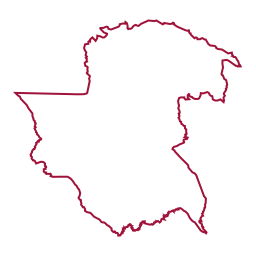 outline of North Gonja, Northern, Ghana
{"feature_id": "2480657B69696031481498", "entity_name": "North Gonja", "entity_type": "district", "adm_level": 2, "iso_a3": "GHA", "parent_name": "Ghana", "parent_adm1": "Northern", "projection": "mercator", "projection_center": [-1.377, 9.69], "detail": "fine", "context": "isolated", "style": "outline", "palette": "rose", "viewbox_px": 256, "rotation_deg": 0, "n_neighbors": 0, "source": "geoboundaries", "source_scale": "gbopen_adm2", "svg_char_len": 5805}
<svg xmlns="http://www.w3.org/2000/svg" viewBox="0 0 256 256"><path d="M15.4,92.9L18.1,95.6L19.8,96.5L20.8,98.9L26.6,104.9L28.9,108.9L32.4,113.4L32.5,116.4L33.5,118.7L33.4,119.4L33.8,120.3L34.7,120.9L34.9,122.6L35.5,122.8L35.7,123.8L35.1,124.7L35.2,126.4L34.8,126.8L35.6,127.4L34.6,128.6L36.1,131.5L36.0,132.2L36.8,132.7L37.0,134.4L38.2,135.1L39.4,137.3L41.2,138.8L40.9,139.6L39.1,140.1L38.9,141.4L37.8,141.1L37.4,141.5L37.5,142.4L36.1,143.0L36.5,144.0L34.8,146.8L35.2,147.4L34.4,149.1L33.6,149.0L32.0,151.2L32.1,152.0L30.6,154.7L31.1,155.3L30.8,156.0L31.9,157.0L31.7,158.7L32.1,159.2L33.1,160.4L33.4,160.1L35.0,161.1L36.1,163.5L40.8,161.8L42.9,161.9L44.0,162.5L45.0,163.6L44.9,165.9L46.1,166.5L46.1,167.4L45.3,168.0L45.5,168.9L43.8,169.2L43.8,171.7L44.5,172.3L46.1,172.5L45.9,173.6L46.5,173.9L50.5,173.8L50.9,174.4L50.6,176.1L51.9,176.2L52.3,176.8L67.6,176.7L70.5,178.5L72.8,181.0L75.1,184.6L76.5,185.7L77.9,188.3L79.0,189.4L80.2,193.0L79.6,195.9L78.5,197.8L79.7,199.6L80.6,199.7L81.0,200.3L80.8,201.5L81.4,203.2L81.1,204.6L82.9,207.2L83.9,207.1L85.1,209.2L84.9,210.8L87.0,212.1L90.5,212.9L94.2,216.8L99.6,219.6L101.4,222.0L103.0,222.5L103.8,222.3L105.5,223.4L107.0,225.1L108.6,225.8L111.6,228.5L111.6,230.3L113.1,231.8L113.7,232.1L114.5,231.4L115.2,231.7L115.6,232.9L117.5,233.0L118.2,234.4L118.2,235.5L119.8,235.5L119.9,235.0L120.7,234.9L121.4,233.2L122.6,233.3L122.7,232.9L121.9,232.3L122.1,231.6L123.4,231.4L123.9,230.9L122.8,229.7L123.2,229.1L123.0,228.5L123.8,228.6L124.0,227.8L124.4,228.7L125.1,228.6L125.0,227.7L126.3,226.9L127.5,227.0L127.8,226.1L129.0,225.6L128.6,224.9L129.9,224.1L130.7,224.5L131.3,225.9L131.8,226.0L131.5,226.3L131.7,227.4L132.5,227.7L132.3,228.4L131.7,228.3L132.1,229.0L132.6,229.0L132.8,230.0L133.4,230.0L133.3,229.4L133.9,229.7L133.6,230.7L135.2,230.7L136.3,229.8L137.3,230.0L137.2,229.4L137.8,228.9L137.5,230.0L137.9,230.2L138.8,229.6L138.7,229.0L138.1,229.0L138.4,228.5L139.4,228.8L139.3,228.0L139.7,228.0L140.2,226.4L140.2,225.8L139.6,225.7L140.8,225.5L140.5,224.6L140.1,224.7L140.3,224.1L140.7,224.6L141.0,224.1L141.6,224.2L141.7,223.4L141.2,222.8L141.8,222.3L143.2,222.5L143.8,221.9L143.4,221.4L144.8,221.3L144.6,223.3L150.0,224.7L151.4,224.2L151.9,224.5L152.0,224.1L153.2,224.4L153.7,224.0L154.0,222.6L155.1,222.6L155.3,221.7L156.0,221.8L156.2,221.1L156.9,221.6L158.0,221.0L159.6,222.5L160.9,221.4L161.4,219.2L162.4,218.9L164.2,219.4L163.4,218.3L164.0,217.7L163.7,217.2L164.3,216.5L164.0,216.2L165.1,216.0L164.8,215.5L165.7,215.9L165.6,215.4L166.1,215.2L166.0,215.9L166.9,215.3L166.6,216.3L167.6,216.0L168.0,214.6L167.6,214.3L168.7,213.6L168.1,212.7L168.8,211.7L170.6,211.8L171.8,210.9L173.1,211.0L173.6,211.5L173.5,210.4L174.8,210.7L175.1,209.9L175.9,209.4L176.5,209.6L176.5,209.2L178.7,209.5L179.0,208.9L178.6,208.4L180.2,208.1L182.0,209.1L183.5,210.6L185.6,211.6L187.8,213.9L189.8,218.0L192.5,221.1L195.0,222.5L200.7,230.5L203.2,232.1L204.9,232.3L206.1,233.3L206.5,232.5L206.2,231.9L203.3,229.0L202.4,227.3L202.2,226.7L202.9,226.7L202.1,225.7L201.9,224.2L199.5,222.3L199.3,221.4L199.5,220.8L201.4,221.2L200.4,218.5L202.1,215.8L203.0,215.7L202.1,213.6L203.2,212.7L203.0,211.5L203.9,210.7L204.4,208.1L204.7,208.2L205.2,207.1L205.1,204.2L205.6,203.4L205.9,198.4L204.1,196.3L196.1,174.9L194.5,173.2L192.5,172.4L188.4,167.6L188.4,166.2L187.8,164.8L181.0,158.1L174.9,151.5L174.5,150.5L172.5,149.2L172.7,148.1L174.1,146.8L177.1,146.0L179.4,144.5L183.8,142.7L184.2,142.0L183.5,140.9L183.6,140.0L184.5,139.3L186.9,139.0L187.6,137.6L186.0,137.3L185.8,136.8L184.9,136.9L185.6,136.1L185.2,135.1L185.9,135.1L186.5,134.0L186.0,133.5L186.4,133.0L186.1,130.8L186.3,129.5L185.0,128.4L184.9,126.0L183.7,125.8L182.6,124.5L181.4,123.9L181.1,121.8L180.0,121.4L179.5,119.3L178.5,117.8L179.4,116.7L179.4,115.8L178.9,115.0L179.2,114.5L178.7,113.5L179.7,112.8L179.6,111.3L178.3,108.3L179.1,105.4L178.5,103.9L178.1,100.9L179.1,98.0L180.8,97.4L184.3,97.4L184.6,98.7L185.5,99.5L189.1,99.2L187.8,97.8L187.7,95.2L189.4,93.5L189.0,94.8L190.1,96.5L192.2,97.1L192.6,97.8L195.1,99.0L198.1,98.9L199.1,98.4L200.6,95.3L200.8,93.1L203.3,93.4L207.2,92.1L208.7,92.8L209.8,94.9L211.0,95.9L212.3,96.2L212.8,99.3L213.2,99.6L215.1,100.5L217.5,100.5L220.4,99.4L223.6,102.1L224.1,100.0L223.6,99.3L223.6,97.4L224.9,95.7L223.8,94.2L224.0,93.1L226.2,89.8L225.8,88.9L226.8,87.6L226.5,86.0L227.2,84.8L226.2,80.2L224.1,78.7L223.0,75.5L222.0,75.0L221.5,74.0L223.0,67.4L222.4,63.6L222.5,60.5L226.6,59.9L228.8,60.8L235.8,65.8L237.0,65.8L237.5,66.4L240.6,66.4L240.2,65.3L239.2,64.7L238.2,61.3L236.7,59.3L236.3,58.0L235.2,57.0L233.4,56.9L232.9,55.8L232.4,55.8L232.8,55.3L232.1,54.5L231.8,52.6L228.1,53.4L222.0,49.5L217.8,49.0L216.2,48.0L216.2,47.2L214.8,46.0L210.0,45.4L208.2,43.8L205.7,39.5L204.3,39.4L202.6,38.2L201.3,38.4L200.3,39.2L197.4,39.2L197.3,38.2L196.6,37.6L195.5,37.5L194.5,38.2L190.8,34.6L190.6,33.4L189.7,33.3L188.7,31.3L189.1,30.9L188.8,30.3L187.7,30.8L185.6,30.3L177.3,26.7L173.8,24.3L174.1,23.5L173.5,22.8L172.7,22.8L172.2,23.6L170.0,24.0L164.2,23.0L163.9,23.7L163.3,23.6L162.7,24.3L156.3,20.5L154.5,21.1L148.5,20.5L141.1,23.8L138.7,25.8L138.0,25.9L135.6,24.9L133.7,25.8L131.7,28.3L130.1,28.9L129.0,28.6L128.2,29.1L127.5,28.3L127.6,26.0L127.0,23.3L125.4,22.0L125.1,23.7L123.1,23.5L119.8,24.2L119.6,25.5L118.7,26.6L111.1,29.5L108.5,28.9L107.7,26.9L106.3,26.7L103.3,27.9L100.4,28.0L100.3,28.7L103.8,32.4L107.0,33.7L107.0,34.5L105.5,36.4L104.2,37.4L102.7,37.5L100.2,36.3L97.3,35.7L97.2,38.2L95.6,40.9L92.4,37.4L90.2,39.4L90.1,41.3L89.5,40.8L88.4,41.7L88.4,43.8L85.1,44.3L84.1,47.9L84.8,50.2L86.3,52.3L85.6,55.2L86.9,56.6L85.8,57.8L86.8,58.6L86.6,60.4L87.1,61.5L85.2,62.3L84.7,63.0L85.3,65.8L86.8,66.4L87.7,67.3L87.3,69.7L87.8,71.0L87.0,72.6L87.3,72.7L87.0,73.5L89.7,75.8L89.8,76.8L89.1,78.6L89.7,81.0L87.2,92.9L86.6,93.5L83.8,94.2L78.0,94.3L15.4,92.9Z" fill="none" stroke="#9f1239" stroke-width="2"/></svg>